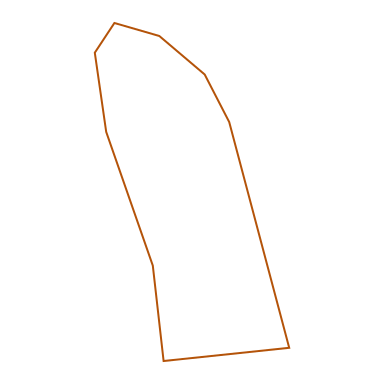 outline of Ngarchelong
{"feature_id": "PLW-5252", "entity_name": "Ngarchelong", "entity_type": "state/province", "adm_level": 1, "iso_a3": "PLW", "parent_name": "Palau", "parent_adm1": "", "projection": "equal_earth", "projection_center": [134.636, 7.709], "detail": "fine", "context": "isolated", "style": "outline", "palette": "amber", "viewbox_px": 384, "rotation_deg": 0, "n_neighbors": 0, "source": "natural_earth", "source_scale": "10m", "svg_char_len": 242}
<svg xmlns="http://www.w3.org/2000/svg" viewBox="0 0 384 384"><path d="M163.6,361.0L152.8,265.6L106.2,131.9L94.8,52.7L114.4,23.0L159.3,36.0L204.7,74.5L229.2,122.0L289.2,347.8L163.6,361.0Z" fill="none" stroke="#b45309" stroke-width="2"/></svg>